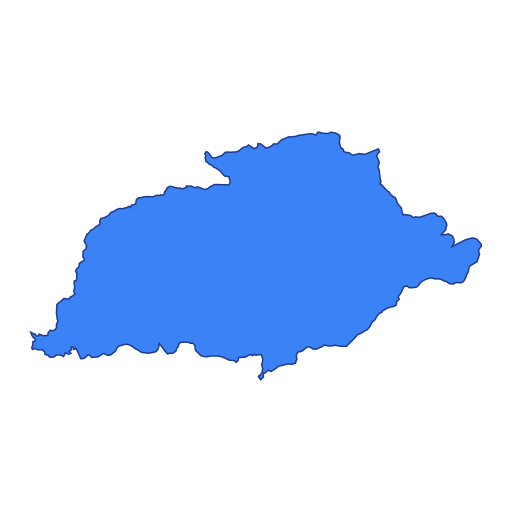 Posse, Goiás, Brazil
{"feature_id": "56859067B54969559433464", "entity_name": "Posse", "entity_type": "district", "adm_level": 2, "iso_a3": "BRA", "parent_name": "Brazil", "parent_adm1": "Goiás", "projection": "orthographic", "projection_center": [-46.453, -14.224], "detail": "fine", "context": "isolated", "style": "filled", "palette": "blue", "viewbox_px": 512, "rotation_deg": 0, "n_neighbors": 0, "source": "geoboundaries", "source_scale": "gbopen_adm2", "svg_char_len": 5839}
<svg xmlns="http://www.w3.org/2000/svg" viewBox="0 0 512 512"><path d="M378.4,148.9L364.8,154.4L362.7,154.0L359.0,153.6L354.6,154.8L352.6,155.0L350.9,154.2L349.1,152.8L346.4,152.4L343.8,151.7L343.3,149.5L340.7,147.4L339.3,142.4L340.1,137.0L339.6,135.2L335.6,133.0L330.7,132.2L329.1,133.2L327.0,133.5L322.0,133.2L319.5,132.2L317.7,132.3L315.9,135.1L312.7,133.9L309.4,133.8L305.7,134.3L303.1,134.8L298.9,135.3L295.8,136.4L293.6,136.5L291.5,137.0L289.1,136.7L284.8,138.5L282.2,139.5L279.5,141.6L277.6,143.7L275.7,144.1L273.7,143.8L271.1,146.3L268.8,147.4L266.1,148.0L261.7,144.7L260.0,143.7L257.9,143.6L257.8,146.5L255.8,148.0L254.1,148.6L248.4,145.0L246.9,146.6L245.1,146.9L242.8,147.6L240.5,149.5L238.1,151.4L234.8,152.1L232.7,152.1L230.8,152.3L228.2,152.0L225.3,152.3L223.9,153.5L222.0,155.5L219.5,156.2L216.8,157.4L214.1,158.1L211.6,157.3L210.5,155.6L209.3,153.9L207.7,152.2L206.1,151.7L204.8,153.7L205.8,155.5L205.2,157.4L205.6,159.4L205.9,161.6L207.6,162.5L209.0,164.0L211.8,165.3L213.7,167.1L216.1,168.2L218.8,170.0L220.8,171.7L222.5,173.9L224.8,176.1L226.9,176.4L228.9,176.5L229.3,178.3L230.0,180.9L230.0,182.9L228.7,184.9L216.5,184.5L214.0,184.6L212.1,185.9L210.3,186.5L208.6,188.0L206.6,189.2L204.8,189.4L202.9,189.0L200.9,188.1L198.6,187.2L196.9,186.9L195.3,187.7L193.7,187.3L191.4,186.1L188.2,186.1L186.3,186.0L186.1,187.8L184.2,188.1L182.4,188.9L180.1,188.0L177.3,188.1L175.0,187.6L172.9,186.8L170.3,186.2L167.2,187.7L166.2,190.1L164.5,191.9L164.3,194.2L162.2,195.4L160.5,194.8L158.9,195.7L156.9,195.2L154.6,196.2L152.4,196.9L149.2,196.6L144.2,196.7L141.1,197.7L138.4,197.8L136.3,199.8L135.9,203.2L134.1,204.8L131.5,205.0L130.5,207.6L128.9,206.3L126.5,207.8L124.6,208.0L122.7,208.7L119.8,208.5L116.9,209.4L113.5,211.5L110.8,212.4L109.5,214.4L107.6,216.0L106.0,216.6L104.5,217.7L100.9,218.5L99.8,220.5L100.0,224.0L98.4,225.3L95.4,227.1L93.1,229.3L90.8,230.2L88.6,233.3L87.0,234.1L86.0,236.4L84.2,240.9L85.2,243.3L86.6,245.3L85.9,249.1L83.0,251.4L83.1,254.3L82.8,256.6L84.5,259.4L83.4,260.9L81.3,262.0L79.3,263.4L79.2,266.0L78.2,267.6L76.6,268.9L75.6,271.4L76.8,273.3L76.8,276.7L76.5,280.3L74.4,280.9L74.1,282.9L74.5,285.8L74.6,287.7L73.8,291.7L74.8,293.8L73.4,295.5L70.4,297.0L69.2,298.6L66.9,299.0L63.9,298.4L61.1,301.1L59.0,302.5L56.9,304.5L56.6,309.8L56.4,313.0L56.8,314.9L57.0,318.0L57.9,321.3L56.4,324.5L56.5,327.6L54.9,329.9L52.2,330.9L50.2,330.1L48.1,332.9L47.8,335.5L42.8,335.7L41.1,334.9L39.2,334.1L38.3,336.1L36.2,335.8L35.2,334.1L33.3,333.6L30.7,332.3L32.2,335.9L33.2,337.3L35.3,339.3L35.1,341.1L32.8,341.8L32.9,344.1L31.8,347.8L32.4,349.4L35.8,348.6L37.7,349.8L42.1,349.7L44.7,351.9L45.0,354.3L46.6,355.0L48.3,355.2L49.6,357.1L51.9,357.2L54.1,356.9L56.1,355.3L57.8,354.8L60.9,355.2L63.5,356.5L64.5,354.9L65.3,352.8L68.6,354.2L70.9,353.3L69.3,351.4L71.8,349.4L71.4,346.9L73.6,347.3L73.9,349.5L76.0,348.2L79.4,355.3L80.7,358.7L83.0,358.6L85.0,357.8L88.2,354.8L90.2,355.6L91.5,357.4L96.1,357.0L98.1,356.9L100.3,355.3L102.0,354.3L103.7,353.5L106.2,354.6L107.9,355.4L110.7,354.9L112.7,353.3L115.4,351.3L117.0,347.8L118.9,346.1L124.9,344.4L126.6,344.2L128.3,344.5L130.5,345.5L132.6,346.6L135.6,348.9L137.6,349.8L141.0,352.0L142.9,352.6L148.5,353.2L154.3,352.2L156.3,351.3L158.0,349.2L158.7,346.9L159.4,343.5L165.2,351.3L167.5,353.9L169.5,353.4L172.7,353.2L174.2,352.4L175.9,351.0L176.9,348.1L178.2,346.7L178.6,344.6L180.3,342.5L183.6,342.1L186.1,342.2L188.0,342.2L190.5,343.3L193.2,343.3L195.1,346.0L195.1,348.8L195.8,350.7L201.0,355.7L204.9,356.7L207.4,356.7L211.4,355.9L214.2,356.0L218.1,356.0L222.5,357.0L229.4,360.2L234.2,360.5L236.0,362.3L238.1,360.5L238.5,357.5L241.0,357.4L245.8,357.0L248.1,355.5L250.9,354.4L252.4,355.7L254.2,354.3L255.6,355.2L261.2,354.5L262.1,356.8L262.6,358.7L262.6,361.7L261.5,364.6L262.2,366.3L262.6,368.2L262.4,371.4L260.7,374.6L258.3,376.3L260.7,379.8L263.4,377.0L263.4,373.6L265.4,372.7L268.1,370.2L271.1,371.5L276.1,368.2L278.6,366.2L283.1,365.2L287.5,363.9L291.7,364.3L295.6,363.1L296.0,361.1L296.9,359.2L296.3,355.3L297.3,352.9L298.9,351.7L300.8,351.6L303.0,350.5L305.3,348.4L307.4,346.9L310.1,347.2L313.2,349.1L316.8,349.0L319.8,347.5L322.5,346.5L324.1,344.9L326.4,345.5L328.9,345.9L332.1,346.0L333.9,345.3L336.5,345.5L341.3,346.3L346.3,346.3L349.9,342.8L351.3,341.5L353.2,339.4L354.9,337.8L357.3,334.9L359.7,333.8L361.3,333.2L364.3,331.1L366.3,330.2L367.9,329.1L369.9,326.5L371.9,322.4L375.2,319.6L376.6,316.6L379.1,313.5L381.6,312.5L382.9,310.7L384.9,309.5L387.4,308.1L390.9,307.0L393.5,306.4L396.0,305.3L396.6,303.4L396.6,301.6L398.0,300.4L399.3,299.2L398.1,296.8L400.3,293.9L401.4,292.0L402.2,290.4L403.5,286.9L405.8,286.2L407.5,286.2L409.2,287.7L411.8,287.7L415.2,287.4L417.1,286.8L418.7,285.1L420.8,282.2L423.1,280.7L426.1,279.2L428.8,278.4L431.5,277.9L433.5,278.5L435.4,279.0L437.6,278.8L439.9,279.1L441.7,279.7L444.1,281.0L446.6,281.6L448.4,283.1L450.6,283.9L453.4,284.0L454.8,283.1L457.1,282.4L459.8,282.9L461.8,282.5L463.5,281.5L464.8,279.4L466.1,276.5L467.1,273.6L468.4,271.6L468.6,269.6L468.9,267.7L469.9,265.9L477.0,261.7L478.4,257.7L479.5,254.2L478.6,251.5L479.1,249.2L481.3,246.2L481.1,244.0L479.6,242.4L477.7,240.1L476.4,238.9L474.6,238.4L472.9,238.0L470.6,238.3L465.3,239.9L458.0,243.5L455.5,244.9L452.2,246.7L454.2,242.8L453.8,238.8L452.3,235.9L448.2,233.9L446.1,234.5L443.8,234.8L441.3,234.7L443.1,232.8L445.7,229.7L446.0,227.5L446.8,225.0L446.1,222.4L443.2,217.7L441.4,216.3L438.9,216.3L437.0,215.9L436.3,214.1L433.7,213.0L430.2,213.5L426.7,214.9L420.8,216.9L418.2,217.4L415.9,216.8L413.2,217.5L410.7,215.6L408.4,215.1L405.8,214.6L403.1,214.9L402.1,212.2L401.4,208.2L397.2,203.0L396.3,199.8L395.1,197.5L393.1,196.5L390.3,194.2L389.2,192.1L387.3,191.0L381.6,184.7L379.9,183.7L381.0,181.8L380.2,179.2L379.2,170.3L377.8,166.6L379.2,163.9L379.0,161.3L377.7,158.9L376.7,156.0L377.8,153.5L379.6,151.8L378.4,148.9Z" fill="#3b82f6" stroke="#1e3a8a" stroke-width="1.5"/></svg>